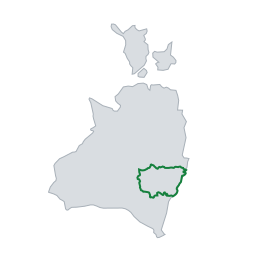 location of Lääne-Viru within Estonia, rotated 101°
{"feature_id": "EST-1658", "entity_name": "Lääne-Viru", "entity_type": "County", "adm_level": 1, "iso_a3": "EST", "parent_name": "Estonia", "parent_adm1": "", "projection": "orthographic", "projection_center": [26.348, 59.26], "detail": "fine", "context": "in_parent", "style": "outline", "palette": "green", "viewbox_px": 256, "rotation_deg": 101, "n_neighbors": 0, "source": "natural_earth", "source_scale": "10m", "svg_char_len": 4462}
<svg xmlns="http://www.w3.org/2000/svg" viewBox="0 0 256 256"><g transform="rotate(101 128 128)"><path d="M206.4,193.5L205.5,193.7L200.8,193.0L195.7,190.5L193.4,188.7L191.2,188.7L188.6,190.0L179.0,193.6L176.6,192.8L171.2,189.3L168.4,185.4L162.3,177.8L161.8,175.9L161.0,174.5L154.5,172.5L152.1,169.7L150.1,169.3L147.2,167.9L139.6,161.7L137.7,161.1L137.3,162.1L137.4,163.6L136.9,164.4L135.9,164.3L134.2,162.1L132.1,160.1L125.4,163.6L123.0,164.6L121.0,164.7L110.4,169.3L107.1,171.8L105.8,171.5L106.2,169.0L110.9,157.0L111.9,147.3L113.5,146.0L114.0,144.7L113.4,141.6L109.0,139.5L107.2,139.7L105.5,143.0L103.7,145.3L99.7,146.7L96.4,144.0L88.6,140.4L86.8,135.8L86.5,131.3L82.5,126.7L81.0,121.5L81.8,117.9L85.7,115.7L86.8,113.7L82.1,113.9L81.1,113.3L81.0,111.5L79.2,105.1L81.1,102.7L82.0,100.3L80.6,98.2L81.1,95.9L82.4,93.6L81.9,88.1L86.7,85.4L91.3,83.5L100.9,82.8L100.1,77.8L104.0,77.7L110.6,71.9L117.0,73.1L126.4,69.2L144.3,69.6L146.7,67.2L146.3,64.8L146.4,62.3L149.8,63.0L155.4,62.6L176.4,67.7L181.6,67.7L188.8,72.8L192.6,74.1L204.1,73.9L221.7,75.9L225.1,72.3L225.4,71.4L227.1,73.3L229.4,76.4L230.0,78.1L229.3,79.2L227.2,80.2L226.7,81.1L225.8,82.8L223.3,83.1L222.1,84.4L220.7,89.7L217.9,98.5L213.7,105.2L210.3,109.0L208.8,111.8L207.8,115.2L207.7,118.5L211.4,137.0L211.4,140.4L210.6,143.8L210.1,147.3L210.7,150.3L213.0,155.5L215.5,163.2L216.6,168.1L218.2,169.9L219.8,171.1L220.2,172.0L220.1,172.8L219.3,173.8L212.4,176.6L211.5,178.8L210.8,181.2L207.8,184.9L206.9,188.3L206.4,192.2L206.4,193.5ZM52.0,122.4L54.2,124.0L56.4,123.7L58.6,122.7L63.2,124.0L73.5,132.1L74.4,134.2L67.9,134.8L66.4,137.0L64.8,138.6L62.9,139.0L59.7,142.1L55.3,145.0L54.4,146.9L46.8,146.1L42.6,147.0L39.0,150.3L37.2,157.0L34.4,162.2L31.8,163.9L29.2,164.0L28.7,162.0L29.1,160.0L35.0,152.9L36.3,150.6L33.7,149.3L31.5,146.6L26.8,143.2L26.0,140.7L27.2,140.6L28.4,140.0L29.8,138.0L30.6,135.7L27.1,128.6L29.2,127.7L31.7,128.1L34.1,130.2L37.1,128.1L38.3,127.8L40.2,128.8L42.5,124.4L47.3,123.2L49.8,121.9L52.0,122.4ZM62.6,110.2L59.8,113.1L58.3,111.8L57.5,110.3L53.7,117.0L49.8,118.0L47.7,116.5L48.0,113.9L46.2,107.0L43.0,104.8L38.4,104.3L35.2,101.3L48.3,100.2L49.8,97.0L52.6,93.8L54.6,93.5L56.3,94.4L56.5,97.0L56.8,98.1L62.7,99.9L64.7,104.5L65.3,109.9L62.6,110.2ZM75.3,128.0L72.6,128.5L66.4,123.8L68.0,120.9L69.9,119.8L75.2,121.9L75.8,126.5L75.3,128.0Z" fill="#d9dde1" stroke="#a8b0b8" stroke-width="1"/><path d="M156.7,66.3L157.0,66.2L157.5,65.7L158.0,64.8L157.7,64.3L158.2,62.9L158.9,63.3L159.6,64.5L160.1,65.2L160.8,65.0L160.8,64.6L160.7,64.1L160.7,63.5L161.1,62.9L161.5,62.7L161.9,62.8L163.0,63.4L164.2,64.6L164.3,64.8L164.4,65.2L164.4,65.6L164.7,65.8L170.7,65.7L171.3,65.9L172.6,66.7L174.5,67.2L176.3,68.2L177.5,68.6L178.2,68.6L178.8,68.4L179.8,67.5L180.3,67.4L181.6,67.5L182.8,67.8L184.0,68.5L185.2,69.5L186.5,70.9L186.4,71.0L186.1,71.8L186.0,72.3L186.0,72.6L186.1,72.9L186.7,74.2L186.8,74.8L186.8,75.5L187.0,77.0L186.7,77.4L186.2,76.8L186.0,76.7L185.8,76.7L185.6,76.8L185.4,77.1L185.2,77.3L185.4,78.6L184.9,79.2L184.3,79.5L184.3,79.9L184.6,80.3L184.8,80.4L185.1,80.4L185.4,80.3L186.7,80.5L187.0,80.7L187.1,81.0L186.8,81.8L185.5,84.5L185.3,85.9L185.8,86.6L186.2,87.0L186.4,87.0L188.6,86.3L188.9,87.9L189.1,88.5L189.7,89.1L190.2,89.3L191.1,89.4L191.5,89.7L191.6,90.0L191.4,91.8L191.6,92.2L191.7,92.5L191.8,92.8L191.6,93.1L191.4,93.3L189.7,93.5L187.5,94.9L187.3,95.2L187.2,96.1L187.3,99.6L187.6,100.5L187.6,100.9L187.4,101.2L186.9,101.7L186.8,102.2L186.7,102.7L186.7,103.1L186.6,103.4L186.3,103.6L185.4,104.0L184.2,104.9L183.4,104.9L183.1,104.9L181.4,105.7L180.1,106.3L179.6,106.5L178.9,106.4L178.6,106.1L177.9,106.0L176.3,107.2L176.3,108.2L176.3,108.4L176.2,108.7L174.8,109.3L173.1,108.7L172.2,107.4L171.7,107.3L171.1,107.4L169.2,108.5L166.6,109.2L166.7,108.5L166.8,107.7L166.9,107.2L167.0,106.7L166.9,106.1L166.8,105.4L166.4,104.2L166.0,103.4L165.4,102.7L164.4,101.3L163.8,101.1L163.0,99.4L162.6,99.1L161.9,99.0L161.0,98.6L160.6,98.5L159.7,98.6L159.4,98.2L159.7,97.0L159.8,95.8L160.8,94.6L161.2,93.7L162.1,92.5L162.3,91.1L161.2,90.6L160.4,90.0L160.2,89.5L160.5,88.8L160.1,88.1L159.6,87.1L159.4,86.9L159.2,86.7L159.2,86.2L159.4,85.7L159.5,85.2L159.4,85.0L160.0,84.4L160.0,83.9L160.0,83.5L159.4,80.4L159.2,79.7L158.8,79.0L158.7,78.5L158.5,77.9L158.5,77.3L158.4,76.6L158.5,76.1L158.4,75.7L158.3,75.3L157.4,74.6L157.1,74.1L157.0,73.8L156.8,71.2L156.4,70.7L156.3,70.4L156.0,69.7L155.9,69.4L156.0,69.0L156.6,68.3L156.7,68.0L156.7,66.5L156.7,66.3Z" fill="none" stroke="#15803d" stroke-width="2"/></g></svg>